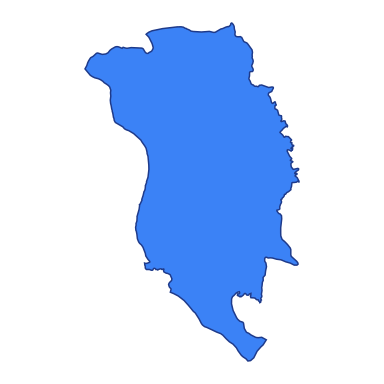 outline of Logo Anseba, Gash Barka, Eritrea
{"feature_id": "51966322B13118315425041", "entity_name": "Logo Anseba", "entity_type": "district", "adm_level": 2, "iso_a3": "ERI", "parent_name": "Eritrea", "parent_adm1": "Gash Barka", "projection": "orthographic", "projection_center": [38.674, 15.401], "detail": "fine", "context": "isolated", "style": "filled", "palette": "blue", "viewbox_px": 384, "rotation_deg": 0, "n_neighbors": 0, "source": "geoboundaries", "source_scale": "gbopen_adm2", "svg_char_len": 5979}
<svg xmlns="http://www.w3.org/2000/svg" viewBox="0 0 384 384"><path d="M225.9,27.1L222.6,28.6L220.8,29.0L215.2,32.3L213.4,32.4L209.4,31.4L201.5,32.0L193.3,31.5L191.0,31.1L189.2,29.9L186.5,28.8L186.1,28.4L185.2,28.3L183.4,27.2L181.1,26.8L177.1,26.9L162.6,28.6L152.0,30.8L148.8,32.2L146.7,33.7L146.1,34.3L148.7,37.0L149.5,38.4L152.1,43.6L153.2,47.5L153.0,48.7L151.9,50.8L151.1,51.5L149.1,52.5L148.1,53.4L146.9,53.4L145.8,52.8L145.0,51.9L143.3,49.0L142.6,48.4L141.6,48.1L131.2,47.6L127.0,48.3L125.3,48.0L123.1,47.3L122.1,48.3L118.7,46.9L117.0,46.6L115.3,46.9L111.6,49.0L110.0,50.3L108.0,52.8L105.7,54.0L102.2,54.4L97.7,53.0L96.4,53.3L93.2,56.3L90.7,57.7L90.1,58.5L88.6,60.9L87.7,62.8L86.8,65.6L85.0,68.9L90.3,75.3L92.5,76.7L94.8,77.8L98.3,78.7L100.5,79.7L102.9,81.3L104.2,82.7L106.6,84.2L108.5,85.6L109.7,87.0L110.8,90.2L110.5,92.9L110.8,96.1L110.3,100.1L110.6,103.3L111.2,105.8L111.7,108.8L112.2,110.5L112.3,111.8L112.5,112.1L112.9,113.8L113.5,117.5L113.9,118.2L114.3,120.6L115.4,122.5L122.8,126.8L124.5,128.8L126.3,129.8L128.9,130.7L133.7,133.6L140.9,140.1L141.9,141.9L144.8,146.0L146.1,148.3L147.0,152.0L147.1,153.6L148.0,156.3L148.8,165.1L148.9,169.4L148.0,177.2L146.5,181.6L146.6,182.4L145.3,185.9L145.4,186.7L145.1,189.3L144.5,190.9L144.0,191.6L143.1,195.5L141.8,199.4L142.0,200.1L140.1,204.1L139.4,204.7L139.6,205.4L139.1,209.3L137.0,216.7L137.1,217.4L136.9,221.0L136.0,223.7L136.1,225.1L135.6,227.3L135.9,230.4L136.3,231.2L136.9,234.2L137.4,238.8L138.6,241.8L139.6,243.3L141.5,245.0L143.0,247.3L145.3,253.3L145.8,256.0L148.0,259.4L149.6,261.2L149.8,261.9L149.6,262.3L147.0,263.3L145.4,263.4L144.6,263.1L144.8,265.1L145.2,266.0L145.3,268.0L145.6,268.7L146.5,269.5L149.4,269.5L151.2,270.2L152.0,270.3L152.7,270.1L153.3,269.0L154.1,268.3L155.2,268.6L156.0,269.6L157.0,269.4L157.8,270.0L158.6,269.4L160.2,268.9L161.0,268.8L161.7,269.4L163.7,269.0L163.9,269.4L163.5,270.4L163.9,271.9L166.2,273.2L167.6,273.4L170.1,274.6L171.9,278.8L171.7,280.1L171.4,280.7L170.1,281.9L169.0,283.3L168.6,284.6L169.3,286.9L171.0,288.9L171.0,289.7L170.3,292.2L173.7,293.6L178.3,296.0L184.1,300.5L188.4,305.3L193.3,311.3L195.3,313.0L199.0,318.8L201.4,323.5L202.5,325.0L204.5,326.6L207.0,327.5L216.7,332.1L220.7,333.6L222.9,335.2L226.1,338.7L229.4,341.8L233.0,344.1L236.4,347.8L238.2,351.0L241.4,355.4L243.1,356.9L246.0,358.8L247.9,361.0L250.6,360.6L253.8,357.8L257.1,351.2L260.9,346.9L263.1,344.9L266.3,339.8L261.7,337.3L258.2,337.7L256.4,337.5L255.4,337.2L251.1,335.0L248.8,333.3L246.7,332.4L246.1,331.7L244.3,328.4L243.5,323.1L242.8,322.2L239.8,321.2L237.6,319.2L236.5,317.5L233.1,310.5L231.5,303.8L231.6,298.8L232.5,296.7L234.1,295.3L236.1,293.1L237.6,292.2L239.3,291.7L239.6,292.3L239.5,293.5L239.1,293.8L237.6,294.0L237.4,295.4L237.9,295.7L238.5,295.8L239.4,296.5L240.0,296.8L240.4,296.3L241.1,296.7L241.5,296.5L243.3,295.1L244.5,293.6L245.1,293.4L245.7,293.7L246.7,295.0L247.9,295.2L248.8,295.0L249.3,294.0L250.9,293.4L250.8,295.3L250.5,296.6L250.9,297.7L253.9,297.9L255.1,298.2L256.4,299.6L258.3,299.9L258.5,300.8L259.8,302.0L259.8,302.6L260.4,302.4L260.7,302.1L260.9,300.4L261.4,300.0L260.8,298.9L260.8,298.3L261.8,296.8L261.8,295.8L261.4,294.2L262.0,290.6L261.7,287.3L262.0,286.2L262.4,282.2L263.2,280.5L263.1,277.4L265.1,275.1L265.6,270.8L266.5,266.7L265.9,263.0L264.7,261.2L264.7,258.3L265.7,257.3L266.8,257.3L268.1,258.0L270.3,257.8L272.4,258.0L276.5,259.2L281.0,259.8L285.7,261.8L290.3,263.1L294.2,265.1L297.0,265.1L298.1,264.1L297.8,262.8L296.7,261.3L291.3,256.4L290.8,254.9L290.8,249.7L290.3,248.1L287.5,244.5L285.0,241.9L282.1,239.4L280.8,235.9L280.7,233.0L280.7,227.8L281.7,218.9L281.5,215.7L280.2,214.0L279.0,213.6L278.0,212.6L276.9,210.9L276.9,210.2L279.0,209.6L279.8,208.9L279.7,206.7L280.5,204.3L281.4,202.7L281.5,201.4L280.9,199.8L281.1,199.4L281.9,199.1L282.3,198.0L283.4,197.1L284.3,195.7L284.3,194.9L284.5,194.4L285.6,194.2L286.7,192.6L288.5,191.7L290.9,189.7L290.8,188.4L291.5,186.5L291.9,182.9L292.6,182.5L294.0,182.5L296.3,182.2L297.6,181.3L298.5,181.9L299.0,181.9L299.0,181.2L297.2,177.7L295.1,175.9L295.4,175.2L296.9,174.4L297.0,173.7L296.3,173.3L295.1,173.7L294.7,173.3L294.9,172.7L295.9,171.7L298.4,170.0L298.7,169.0L298.2,168.5L297.7,168.4L293.5,169.4L293.1,169.3L292.5,168.3L291.6,167.5L291.1,166.1L290.9,163.8L291.1,163.2L292.8,161.8L292.4,161.3L290.5,160.6L290.4,160.2L291.7,158.8L291.6,158.4L289.7,156.3L287.2,151.3L287.3,150.0L287.8,149.7L289.4,150.1L291.1,151.1L291.6,150.4L292.3,150.2L292.7,148.8L292.1,148.4L291.1,148.6L291.0,148.3L291.3,147.8L292.4,147.4L292.7,147.1L292.4,146.5L292.7,146.3L293.0,146.4L293.7,145.9L293.6,145.4L292.2,144.9L291.9,144.5L291.8,142.7L291.0,142.7L290.5,142.2L290.8,140.7L291.5,140.2L291.5,139.8L288.4,136.6L287.6,136.6L285.6,136.3L284.8,137.1L284.2,137.2L282.5,134.8L280.0,132.5L280.4,131.6L281.7,130.5L283.4,128.4L285.2,127.1L285.9,126.3L287.2,126.9L287.5,126.4L287.5,125.7L286.8,124.5L285.8,123.7L285.1,121.1L283.9,120.8L281.5,121.6L281.0,121.4L280.9,120.9L281.7,119.6L281.8,118.8L281.4,117.7L281.6,117.0L281.4,115.8L279.3,115.3L278.8,114.9L277.6,110.4L276.5,109.4L275.3,109.0L274.8,108.1L275.0,105.8L276.1,105.2L276.2,104.8L275.6,103.6L275.3,102.1L275.1,101.9L274.6,101.9L272.8,103.4L271.9,103.0L271.3,101.9L270.7,99.1L270.0,97.2L268.4,95.3L268.3,94.0L268.5,93.5L269.1,92.7L271.7,91.5L272.3,90.1L273.3,88.3L273.3,87.4L272.9,87.1L271.8,87.0L268.7,87.5L261.7,85.0L259.4,85.3L258.4,86.6L257.9,86.7L256.4,86.2L255.2,86.3L254.4,86.1L253.4,85.0L252.5,84.8L251.1,83.8L250.2,81.2L249.1,79.4L248.9,78.4L249.5,76.0L249.6,72.5L250.1,71.8L250.6,71.6L252.4,71.5L252.9,71.0L253.2,70.1L253.1,69.1L251.7,66.2L251.8,65.4L252.8,63.1L253.2,61.2L253.0,60.0L252.1,57.8L252.3,56.3L252.1,55.0L252.5,52.3L252.0,49.8L247.9,44.1L246.8,42.9L244.2,41.8L243.6,41.2L241.7,37.4L240.2,36.6L239.0,36.8L236.9,36.7L236.0,36.3L235.3,35.7L234.9,34.3L235.2,31.9L234.4,29.1L234.1,26.3L233.3,24.6L232.2,23.3L231.7,23.0L231.2,23.2L230.8,23.7L230.6,24.9L229.3,26.3L228.8,26.4L228.4,26.7L227.7,26.6L225.9,27.1Z" fill="#3b82f6" stroke="#1e3a8a" stroke-width="1.5"/></svg>